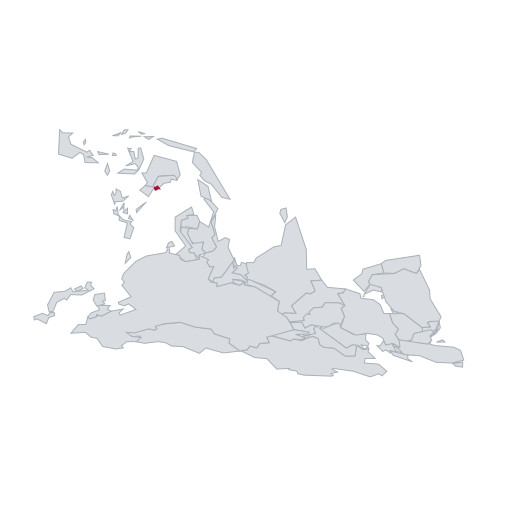 where Brunei sits in Asia, rotated 185°
{"feature_id": "BRN", "entity_name": "Brunei", "entity_type": "country or territory", "adm_level": 0, "iso_a3": "BRN", "parent_name": "Asia", "parent_adm1": "", "projection": "albers", "projection_center": [114.782, 4.523], "detail": "coarse", "context": "in_parent", "style": "filled", "palette": "rose", "viewbox_px": 512, "rotation_deg": 185, "n_neighbors": 45, "source": "natural_earth", "source_scale": "50m", "svg_char_len": 13532}
<svg xmlns="http://www.w3.org/2000/svg" viewBox="0 0 512 512"><g transform="rotate(185 256 256)"><path d="M262.4,160.1L256.6,161.9L254.3,165.8L247.2,164.6L244.4,169.4L235.3,170.8L238.3,176.0L236.0,178.3L214.3,174.4L211.5,176.6L203.3,175.5L193.6,181.0L186.8,179.1L184.9,173.5L180.8,171.0L170.3,171.0L158.1,164.0L148.7,165.0L148.0,175.8L141.4,172.2L135.6,173.3L135.9,170.3L128.4,164.4L138.4,163.4L138.8,158.9L124.5,158.9L115.6,152.6L120.0,147.6L123.5,149.4L131.7,145.5L149.2,149.7L169.3,150.8L170.3,149.7L164.7,147.5L171.0,145.4L168.6,143.6L170.3,142.9L197.7,141.5L204.1,142.4L205.1,144.9L213.4,145.6L213.0,146.9L225.5,145.2L236.3,154.7L248.3,154.7L262.4,160.1Z" fill="#d9dde1" stroke="#a8b0b8" stroke-width="1"/><path d="M148.0,175.8L148.7,165.0L158.1,164.0L170.3,171.0L180.8,171.0L184.9,173.5L186.8,179.1L192.3,181.0L202.4,176.8L200.3,178.9L209.7,181.4L204.9,183.3L200.7,182.8L201.1,180.6L196.2,181.0L193.1,184.5L190.1,184.1L192.3,188.7L190.0,191.8L157.9,172.2L152.1,176.1L148.0,175.8Z" fill="#d9dde1" stroke="#a8b0b8" stroke-width="1"/><path d="M461.6,340.3L462.6,364.7L459.1,361.8L449.3,362.5L453.2,358.3L450.1,351.2L433.5,344.7L431.0,346.9L427.0,342.1L433.5,339.7L427.9,339.8L421.2,335.1L434.5,334.2L436.4,341.7L440.4,343.9L447.8,337.3L461.6,340.3ZM400.4,365.4L398.4,370.1L394.6,370.5L396.6,367.0L400.4,365.4ZM436.0,357.3L435.5,354.4L436.9,351.8L437.9,354.7L436.0,357.3ZM372.7,316.4L370.6,319.9L377.0,328.7L372.5,329.2L366.2,347.4L343.4,343.3L338.6,330.5L341.4,324.5L344.6,329.2L357.2,327.6L360.3,326.8L365.0,315.8L372.7,316.4ZM411.4,344.6L421.2,343.3L422.7,346.2L411.4,344.6ZM407.4,346.2L404.8,345.6L404.0,343.9L407.9,343.7L407.4,346.2ZM411.1,323.5L414.1,327.4L412.0,335.2L409.1,327.9L411.1,323.5ZM384.2,327.1L400.9,326.5L395.0,331.1L381.6,331.2L381.1,334.1L384.5,337.5L393.7,334.4L386.7,339.3L393.2,352.2L389.7,352.1L391.5,349.0L386.8,349.4L384.7,342.1L382.1,343.3L382.7,353.0L380.3,353.6L376.2,342.8L380.2,331.6L384.2,327.1ZM384.2,369.6L377.1,368.1L380.8,367.4L384.2,369.6ZM380.8,365.3L388.9,364.0L392.3,362.6L391.8,364.6L380.8,365.3ZM373.0,362.7L377.7,365.0L368.5,366.2L373.0,362.7ZM327.2,354.3L352.5,358.4L364.5,363.8L360.1,365.2L324.5,357.9L327.2,354.3ZM317.5,334.6L327.6,343.6L326.3,354.1L322.1,354.2L314.0,347.8L286.9,310.3L295.2,311.4L306.9,323.7L314.0,326.5L319.0,331.5L317.5,334.6Z" fill="#d9dde1" stroke="#a8b0b8" stroke-width="1"/><path d="M400.9,367.3L404.1,363.7L409.5,363.4L400.9,367.3Z" fill="#d9dde1" stroke="#a8b0b8" stroke-width="1"/><path d="M72.5,194.2L68.9,198.6L67.9,206.6L66.1,200.5L69.8,194.6L72.5,194.2Z" fill="#d9dde1" stroke="#a8b0b8" stroke-width="1"/><path d="M75.7,191.5L69.9,194.6L75.3,190.2L75.7,191.5Z" fill="#d9dde1" stroke="#a8b0b8" stroke-width="1"/><path d="M71.2,197.1L68.6,200.3L69.9,196.5L71.2,197.1Z" fill="#d9dde1" stroke="#a8b0b8" stroke-width="1"/><path d="M71.2,197.1L83.4,195.1L84.4,199.3L76.2,200.6L79.5,204.4L71.9,208.1L67.9,206.6L71.2,197.1Z" fill="#d9dde1" stroke="#a8b0b8" stroke-width="1"/><path d="M127.2,231.0L136.1,232.3L144.9,227.3L139.3,238.4L128.4,235.6L127.2,231.0Z" fill="#d9dde1" stroke="#a8b0b8" stroke-width="1"/><path d="M124.5,229.0L124.5,226.4L126.7,224.3L127.6,227.6L124.5,229.0Z" fill="#d9dde1" stroke="#a8b0b8" stroke-width="1"/><path d="M113.3,209.3L116.9,214.9L110.3,212.3L113.3,209.3Z" fill="#d9dde1" stroke="#a8b0b8" stroke-width="1"/><path d="M84.4,199.3L83.4,195.1L91.8,192.5L93.5,186.3L99.2,183.6L106.3,185.0L110.6,190.2L107.7,195.5L114.2,201.2L117.9,210.2L103.6,211.4L84.4,199.3Z" fill="#d9dde1" stroke="#a8b0b8" stroke-width="1"/><path d="M140.1,237.7L145.2,230.1L157.0,240.5L149.1,247.4L148.3,252.2L130.5,259.3L127.1,250.2L138.6,247.5L141.6,240.4L140.1,237.7ZM145.9,225.2L144.3,226.0L145.5,224.9L145.9,225.2Z" fill="#d9dde1" stroke="#a8b0b8" stroke-width="1"/><path d="M315.0,285.4L316.7,277.8L328.1,279.2L329.8,276.7L334.0,280.6L333.5,285.1L327.1,287.9L328.7,290.3L318.4,291.4L315.0,285.4Z" fill="#d9dde1" stroke="#a8b0b8" stroke-width="1"/><path d="M325.0,277.7L316.7,277.8L315.0,285.4L305.7,280.7L302.1,296.4L312.9,308.1L309.2,310.0L298.0,299.7L303.7,286.3L298.7,274.0L301.5,270.2L296.0,261.6L299.4,257.0L306.3,254.6L310.6,258.1L309.6,265.3L317.7,262.5L323.3,265.9L326.5,272.9L325.0,277.7Z" fill="#d9dde1" stroke="#a8b0b8" stroke-width="1"/><path d="M333.1,278.1L325.0,277.7L326.5,272.9L320.5,262.8L309.6,265.3L310.6,258.1L306.3,254.6L312.7,251.9L312.2,247.7L317.9,253.5L322.4,253.6L323.8,256.8L320.3,259.0L332.9,271.7L333.1,278.1Z" fill="#d9dde1" stroke="#a8b0b8" stroke-width="1"/><path d="M306.3,254.6L299.4,257.0L296.0,261.6L301.5,270.2L298.7,274.0L303.7,286.3L299.6,293.7L299.8,281.6L295.0,267.2L288.2,271.6L283.8,270.2L284.6,262.2L277.4,249.9L288.4,232.0L295.8,230.3L296.6,226.2L301.6,229.0L297.3,241.7L301.2,241.2L304.4,245.3L303.2,248.3L310.3,249.4L306.3,254.6Z" fill="#d9dde1" stroke="#a8b0b8" stroke-width="1"/><path d="M321.5,292.0L328.7,290.3L327.1,287.9L333.5,285.1L333.9,274.3L320.3,259.0L323.8,256.8L322.4,253.6L317.9,253.5L314.1,247.2L325.9,244.2L335.9,250.8L326.9,259.9L338.8,274.1L339.9,287.7L324.5,299.2L321.5,292.0Z" fill="#d9dde1" stroke="#a8b0b8" stroke-width="1"/><path d="M418.3,180.5L415.0,185.1L407.2,188.7L409.7,193.0L397.0,194.0L399.4,190.0L395.3,188.4L398.3,186.4L404.7,182.5L409.6,183.5L409.0,181.9L415.9,178.8L418.3,180.5Z" fill="#d9dde1" stroke="#a8b0b8" stroke-width="1"/><path d="M402.4,195.1L410.2,192.2L414.4,197.9L413.2,203.5L403.7,205.9L402.2,198.3L404.9,197.8L402.4,195.1Z" fill="#d9dde1" stroke="#a8b0b8" stroke-width="1"/><path d="M263.8,159.9L280.0,156.6L298.0,159.9L303.9,154.1L321.0,159.4L332.6,159.0L338.3,161.7L346.1,162.2L359.4,159.3L367.7,160.2L364.4,166.0L372.7,165.0L378.9,167.8L356.2,174.1L350.4,173.3L348.5,175.1L350.2,177.2L345.1,179.7L325.4,183.3L310.5,179.9L294.2,179.3L290.6,174.8L274.9,171.3L275.2,166.9L263.8,159.9Z" fill="#d9dde1" stroke="#a8b0b8" stroke-width="1"/><path d="M296.6,226.2L295.8,230.3L288.4,232.0L278.8,247.9L277.1,242.1L275.4,244.4L273.4,242.5L278.1,237.3L269.0,236.0L264.1,231.6L262.8,234.0L265.4,236.0L262.1,238.5L264.4,239.5L264.7,248.7L257.6,249.2L255.6,254.0L239.0,266.7L231.9,268.8L229.2,289.6L220.0,298.2L206.6,267.1L204.3,247.1L196.2,248.4L188.4,237.7L199.1,235.9L194.0,226.4L198.3,223.0L202.6,223.5L216.2,209.4L211.0,202.3L222.5,201.8L226.2,199.2L229.9,203.2L228.8,212.6L237.3,217.5L233.3,222.1L244.9,227.6L262.3,231.7L265.0,225.9L265.2,229.4L268.5,230.8L277.0,230.7L275.9,227.4L292.3,222.0L292.7,225.6L296.6,226.2Z" fill="#d9dde1" stroke="#a8b0b8" stroke-width="1"/><path d="M277.1,242.1L277.5,252.9L274.3,245.2L270.8,244.9L269.9,248.4L265.3,247.4L262.1,238.5L265.4,236.0L262.8,234.0L264.1,231.6L269.0,236.0L278.1,237.3L273.4,242.5L275.4,244.4L277.1,242.1Z" fill="#d9dde1" stroke="#a8b0b8" stroke-width="1"/><path d="M275.9,227.4L277.0,230.7L265.2,229.4L269.7,225.3L275.9,227.4Z" fill="#d9dde1" stroke="#a8b0b8" stroke-width="1"/><path d="M262.7,226.6L262.3,231.7L259.2,231.6L233.3,222.1L238.8,216.8L254.3,225.1L262.7,226.6Z" fill="#d9dde1" stroke="#a8b0b8" stroke-width="1"/><path d="M226.2,199.2L222.5,201.8L211.0,202.3L216.2,209.4L202.6,223.5L198.3,223.0L194.0,226.4L199.1,235.9L188.4,237.7L182.1,231.0L164.0,231.0L165.7,227.0L171.2,225.6L163.0,214.2L169.0,216.5L183.0,215.5L185.5,210.8L194.4,209.3L204.5,194.7L216.7,193.4L220.2,197.6L226.2,199.2Z" fill="#d9dde1" stroke="#a8b0b8" stroke-width="1"/><path d="M178.8,191.2L195.0,192.1L201.1,188.3L204.6,194.0L209.8,191.9L216.7,193.4L202.3,196.0L203.4,199.1L200.5,202.7L197.0,202.4L198.3,204.7L194.4,209.3L185.5,210.8L183.0,215.5L169.0,216.5L163.0,214.2L166.5,211.4L162.5,203.5L165.6,194.9L172.0,196.2L178.8,191.2Z" fill="#d9dde1" stroke="#a8b0b8" stroke-width="1"/><path d="M190.0,191.8L192.3,188.7L190.1,184.1L201.1,180.6L202.2,182.9L196.4,184.7L211.7,185.9L216.1,192.5L204.6,194.0L201.1,188.3L195.0,192.1L190.0,191.8Z" fill="#d9dde1" stroke="#a8b0b8" stroke-width="1"/><path d="M202.4,176.8L211.5,176.6L214.3,174.4L236.0,178.3L211.7,185.9L196.4,184.7L196.9,183.0L209.7,181.4L200.3,178.9L202.4,176.8Z" fill="#d9dde1" stroke="#a8b0b8" stroke-width="1"/><path d="M135.6,173.3L141.4,172.2L146.1,175.8L152.1,176.1L157.9,172.2L185.5,188.9L185.3,190.8L182.6,189.7L169.3,196.4L165.6,194.9L165.5,192.2L152.1,186.3L139.5,187.9L139.8,182.4L135.8,178.7L136.9,176.2L143.5,176.5L140.1,172.7L136.6,175.4L135.6,173.3Z" fill="#d9dde1" stroke="#a8b0b8" stroke-width="1"/><path d="M117.9,210.2L114.2,201.2L107.7,195.5L110.6,190.2L104.6,182.3L104.6,177.7L111.8,180.5L119.0,178.6L122.5,185.2L128.3,188.0L139.1,188.6L149.6,185.8L165.5,192.2L162.5,203.5L166.5,211.4L163.0,214.2L171.2,225.6L165.7,227.0L164.0,231.0L149.1,227.5L147.9,223.1L135.0,222.6L128.1,218.3L123.6,209.9L117.9,210.2Z" fill="#d9dde1" stroke="#a8b0b8" stroke-width="1"/><path d="M72.0,196.1L75.7,191.5L73.6,187.3L77.1,183.1L97.6,183.9L93.5,186.3L91.8,192.5L75.9,197.8L72.0,196.1Z" fill="#d9dde1" stroke="#a8b0b8" stroke-width="1"/><path d="M113.1,180.5L103.2,175.0L103.2,172.4L110.3,174.0L113.1,180.5Z" fill="#d9dde1" stroke="#a8b0b8" stroke-width="1"/><path d="M106.3,185.0L77.1,183.1L74.6,186.1L75.0,183.4L69.8,182.4L51.4,182.4L44.1,179.9L39.9,170.4L51.6,166.4L67.2,165.8L84.3,170.9L99.9,170.6L107.2,177.0L104.6,177.7L106.3,185.0ZM40.6,163.3L47.4,163.6L50.7,166.1L40.8,168.4L40.6,163.3Z" fill="#d9dde1" stroke="#a8b0b8" stroke-width="1"/><path d="M236.0,300.7L235.2,304.6L230.2,306.4L228.2,297.7L230.2,291.7L236.0,300.7Z" fill="#d9dde1" stroke="#a8b0b8" stroke-width="1"/><path d="M341.1,263.2L338.0,258.9L346.0,256.3L344.3,261.5L341.1,263.2ZM211.7,185.9L238.3,176.0L235.3,170.8L244.4,169.4L247.2,164.6L254.3,165.8L256.6,161.9L263.8,159.9L275.2,166.9L274.9,171.3L290.6,174.8L294.2,179.3L310.5,179.9L325.4,183.3L340.9,180.7L350.2,177.2L348.5,175.1L350.4,173.3L356.2,174.1L370.4,168.8L378.5,168.7L372.7,165.0L363.4,164.9L367.7,160.2L377.1,159.5L382.3,154.8L380.2,152.9L387.6,151.1L400.9,152.5L407.2,160.1L413.4,160.8L419.2,165.1L433.7,162.9L427.0,172.3L419.5,173.0L418.3,180.5L415.9,178.8L409.0,181.9L409.6,183.5L404.7,182.5L395.3,188.4L383.7,191.7L387.7,187.0L385.8,185.4L370.9,192.3L378.8,197.2L382.9,194.9L388.5,196.2L389.1,197.9L376.9,204.5L387.0,215.1L384.7,218.6L387.8,221.4L386.3,227.0L375.3,240.1L365.0,246.5L346.1,251.5L344.8,255.3L342.7,255.5L342.6,251.5L332.2,249.9L331.0,246.3L325.9,244.2L312.2,247.7L312.7,251.9L303.2,248.3L304.4,245.3L301.2,241.2L297.3,241.7L301.6,229.0L298.8,226.0L292.7,225.6L292.3,222.0L278.8,227.0L269.7,225.3L265.2,228.7L265.0,225.9L254.3,225.1L228.8,212.6L229.9,203.2L220.2,197.6L211.7,185.9Z" fill="#d9dde1" stroke="#a8b0b8" stroke-width="1"/><path d="M385.7,237.4L384.6,246.4L383.1,249.3L380.6,243.6L385.7,237.4Z" fill="#d9dde1" stroke="#a8b0b8" stroke-width="1"/><path d="M113.6,171.1L118.5,173.7L121.5,172.0L127.6,177.3L124.6,177.2L121.6,182.7L119.0,178.6L113.1,180.5L110.2,176.8L108.3,172.4L113.7,173.5L113.6,171.1ZM111.8,180.5L109.3,179.9L107.2,177.0L110.5,178.1L111.8,180.5Z" fill="#d9dde1" stroke="#a8b0b8" stroke-width="1"/><path d="M90.9,164.2L110.4,168.9L114.3,173.2L96.0,170.4L96.0,167.0L90.9,164.2Z" fill="#d9dde1" stroke="#a8b0b8" stroke-width="1"/><path d="M385.3,285.6L381.7,280.9L386.3,282.4L385.3,285.6ZM392.0,297.6L391.7,290.6L393.2,292.9L396.0,289.2L392.0,297.6ZM401.1,294.7L405.5,304.4L404.2,308.0L402.8,304.1L401.0,306.0L401.2,310.6L396.7,308.5L394.3,302.1L388.0,304.7L393.8,298.9L401.3,297.7L401.1,294.7ZM379.4,291.9L370.0,300.3L378.7,288.9L379.4,291.9ZM389.1,263.0L387.0,277.6L395.3,279.6L395.9,284.3L391.5,280.5L382.9,279.4L384.2,276.9L380.2,273.6L383.1,262.1L389.1,263.0ZM388.2,292.3L387.7,286.8L392.3,287.9L388.2,292.3ZM401.3,285.6L402.4,289.8L399.5,288.9L398.7,293.3L396.6,284.2L401.3,285.6Z" fill="#d9dde1" stroke="#a8b0b8" stroke-width="1"/><path d="M305.2,307.0L316.0,310.8L320.6,327.0L309.9,321.2L305.2,307.0ZM372.7,316.4L365.0,315.8L360.3,326.8L344.6,329.2L342.0,327.1L341.4,324.5L347.1,325.1L347.9,321.9L354.1,320.4L358.7,315.0L363.1,315.8L368.3,305.8L377.6,311.5L372.7,316.4Z" fill="#d9dde1" stroke="#a8b0b8" stroke-width="1"/><path d="M459.4,189.1L453.9,202.2L442.9,204.3L437.8,208.2L435.1,204.5L420.2,207.3L423.9,209.6L421.6,215.4L417.5,215.6L418.3,212.5L414.4,209.3L426.0,202.0L437.2,201.4L440.8,195.6L443.3,197.1L450.5,192.4L453.4,183.1L457.2,182.4L459.4,189.1ZM468.7,174.3L471.2,173.0L472.1,176.2L463.7,180.3L458.0,178.5L456.1,181.9L452.1,182.0L451.5,179.1L457.1,176.5L459.0,170.2L468.7,174.3ZM425.3,208.5L430.8,205.4L434.0,207.2L427.7,211.0L425.3,208.5Z" fill="#d9dde1" stroke="#a8b0b8" stroke-width="1"/><path d="M127.1,250.2L130.5,259.3L126.6,262.9L93.2,271.0L90.8,261.0L94.6,252.5L107.8,256.1L116.3,250.7L127.1,250.2Z" fill="#d9dde1" stroke="#a8b0b8" stroke-width="1"/><path d="M67.9,207.1L77.5,205.9L79.5,204.4L76.2,200.6L84.4,199.3L103.6,211.4L113.6,213.0L122.7,221.9L128.4,235.6L140.1,237.7L141.6,240.4L138.6,247.5L116.3,250.7L107.8,256.1L94.6,252.5L91.9,256.8L80.2,237.3L78.8,228.4L66.3,211.5L67.9,207.1Z" fill="#d9dde1" stroke="#a8b0b8" stroke-width="1"/><path d="M68.9,185.9L62.7,188.8L60.3,186.8L68.9,185.9Z" fill="#d9dde1" stroke="#a8b0b8" stroke-width="1"/><path d="M361.8,313.5L361.5,313.7L360.9,314.1L360.8,314.4L360.9,315.2L361.1,315.5L360.9,315.9L361.0,316.0L360.9,316.3L360.7,316.6L360.4,316.8L360.1,316.8L359.9,316.5L359.5,316.0L359.2,316.0L359.0,315.8L359.0,315.6L358.8,315.1L358.6,315.0L358.3,314.8L358.2,314.7L358.6,314.7L359.1,314.7L359.6,314.4L360.0,314.2L360.4,313.9L360.8,313.6L361.1,313.4L361.7,313.1L361.9,313.1L361.9,313.3L361.8,313.5ZM362.3,313.5L362.6,314.1L362.8,314.5L362.8,315.2L363.0,315.5L362.9,315.6L362.7,315.6L362.4,315.6L362.2,315.5L361.9,314.7L361.8,314.3L361.8,313.5L362.3,313.5Z" fill="#f43f5e" stroke="#9f1239" stroke-width="1.5"/></g></svg>